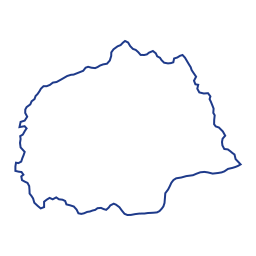 Santo Estêvão, Bahia, Brazil
{"feature_id": "56859067B59160361010932", "entity_name": "Santo Estêvão", "entity_type": "district", "adm_level": 2, "iso_a3": "BRA", "parent_name": "Brazil", "parent_adm1": "Bahia", "projection": "natural_earth1", "projection_center": [-39.267, -12.461], "detail": "fine", "context": "isolated", "style": "outline", "palette": "blue", "viewbox_px": 256, "rotation_deg": 0, "n_neighbors": 0, "source": "geoboundaries", "source_scale": "gbopen_adm2", "svg_char_len": 2364}
<svg xmlns="http://www.w3.org/2000/svg" viewBox="0 0 256 256"><path d="M152.9,51.0L148.9,52.7L146.9,54.4L144.2,55.0L140.6,54.9L138.2,52.1L135.7,49.9L132.9,48.9L130.2,46.1L128.1,42.5L125.0,41.0L122.9,42.7L120.6,45.1L117.6,46.3L113.5,49.3L111.3,52.4L111.2,56.0L109.8,60.5L107.0,63.7L103.1,64.4L100.1,65.5L97.5,67.1L95.1,68.1L91.4,67.7L88.1,66.8L85.6,67.7L83.2,70.8L73.6,74.6L71.0,74.8L67.2,76.0L61.5,79.3L56.6,82.0L52.9,82.6L49.9,84.9L46.7,86.2L43.5,86.2L40.9,88.7L39.5,91.2L37.5,94.1L35.6,96.0L34.5,99.1L31.6,101.3L30.3,104.4L26.6,107.1L25.3,109.5L25.2,112.9L27.2,116.7L24.7,120.6L20.6,121.9L19.5,127.1L24.6,126.2L26.6,128.4L25.0,130.7L22.8,134.6L20.2,136.1L20.6,139.0L20.0,142.9L20.6,147.4L24.7,151.9L23.5,155.4L22.4,158.0L21.2,161.6L18.4,163.1L16.0,162.7L15.4,166.4L15.4,170.9L18.7,171.7L21.5,172.0L23.4,174.7L21.3,176.4L22.0,180.1L24.9,181.7L27.5,182.9L29.2,186.1L29.5,190.2L29.6,193.6L31.5,196.0L33.1,198.5L34.3,202.7L37.8,206.0L40.7,208.4L44.1,207.1L44.1,201.7L46.8,199.6L49.6,197.9L52.7,199.3L56.2,197.4L59.0,199.3L62.5,199.7L65.2,201.0L66.4,204.4L70.1,205.3L73.8,206.5L76.6,209.6L78.4,213.3L81.3,213.9L84.0,213.3L87.2,211.9L89.9,211.5L92.6,210.5L95.2,209.9L97.5,208.2L101.0,207.9L103.7,209.1L106.2,209.8L108.7,207.6L110.3,205.4L113.7,203.7L115.9,204.6L119.4,207.2L121.8,210.5L124.5,213.8L127.4,215.0L131.0,214.9L135.2,214.1L139.3,213.6L144.6,213.5L148.0,213.0L150.5,212.9L153.8,212.7L157.0,212.4L159.5,211.1L161.8,208.6L163.4,206.4L164.5,203.0L164.9,198.3L165.3,193.2L168.1,189.5L169.8,186.2L171.4,182.7L173.5,180.0L176.2,178.3L181.3,177.5L186.3,176.1L190.1,175.6L193.0,175.2L196.5,173.7L200.3,172.3L204.4,171.9L207.8,172.4L212.7,173.6L218.0,173.0L221.6,172.4L224.3,171.4L228.0,168.9L232.4,167.9L235.3,167.0L238.0,165.9L240.6,164.4L238.1,161.7L235.6,159.1L234.5,154.5L232.4,153.0L230.4,151.3L227.8,149.4L224.3,149.0L222.4,145.4L222.0,142.0L222.6,138.7L225.2,135.7L222.8,131.4L218.9,127.5L215.7,126.4L214.1,124.2L214.2,119.8L214.7,115.3L213.3,112.9L213.6,108.6L212.4,105.5L210.9,101.8L209.6,99.1L210.4,96.4L208.0,93.2L203.8,93.5L199.3,92.4L197.3,88.7L198.2,84.8L195.4,84.3L194.0,80.7L196.1,76.7L193.3,72.6L191.6,70.0L190.7,67.2L189.2,64.8L187.4,61.8L185.0,57.7L182.5,55.0L180.0,55.8L177.3,57.5L174.1,58.5L173.3,62.3L170.9,63.1L168.0,63.4L164.1,62.7L161.5,60.1L160.0,57.8L157.2,56.3L155.8,53.3L152.9,51.0Z" fill="none" stroke="#1e3a8a" stroke-width="2"/></svg>